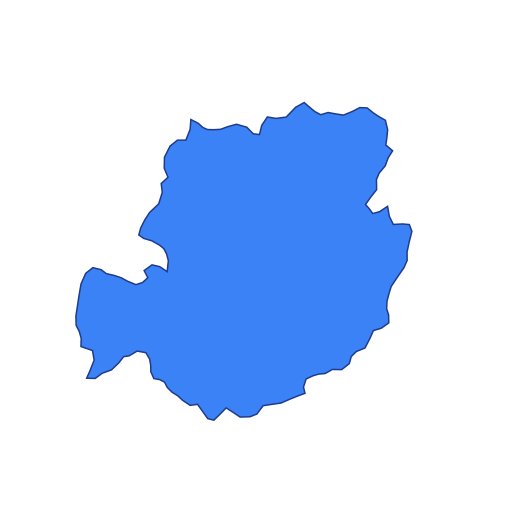 outline of Sem-Peixe, Minas Gerais, Brazil, rotated 204°
{"feature_id": "56859067B34440894750184", "entity_name": "Sem-Peixe", "entity_type": "district", "adm_level": 2, "iso_a3": "BRA", "parent_name": "Brazil", "parent_adm1": "Minas Gerais", "projection": "equal_earth", "projection_center": [-42.82, -20.083], "detail": "fine", "context": "isolated", "style": "filled", "palette": "blue", "viewbox_px": 512, "rotation_deg": 204, "n_neighbors": 0, "source": "geoboundaries", "source_scale": "gbopen_adm2", "svg_char_len": 2027}
<svg xmlns="http://www.w3.org/2000/svg" viewBox="0 0 512 512"><g transform="rotate(204 256 256)"><path d="M174.0,407.7L182.6,410.2L184.4,416.8L187.1,424.9L193.0,432.6L200.3,433.3L207.2,434.5L214.7,436.5L221.5,433.8L226.7,427.3L233.4,420.3L240.0,418.5L248.5,416.4L254.3,411.4L261.2,411.9L268.9,414.1L274.4,415.8L280.3,408.0L284.9,395.2L293.8,389.8L302.2,387.6L303.9,377.6L302.2,368.4L308.2,366.5L316.8,369.9L327.4,368.4L334.5,362.6L339.9,357.3L346.0,354.2L351.7,351.8L356.9,351.8L362.6,353.7L371.0,354.2L367.7,344.9L367.2,333.3L374.9,329.9L379.2,321.5L379.8,309.0L375.5,298.8L368.4,292.1L372.1,283.7L367.5,276.0L366.1,264.0L370.9,252.5L372.3,243.7L372.7,234.5L371.6,227.5L365.7,226.4L357.5,227.5L348.5,226.7L343.2,225.2L338.5,221.5L334.2,216.1L330.8,205.6L339.7,207.1L347.4,205.6L352.3,197.2L346.0,192.2L348.9,185.6L354.0,181.0L363.2,180.7L370.1,181.3L378.1,180.5L385.6,179.0L391.9,180.5L400.3,179.0L404.5,170.9L404.5,159.4L401.4,147.1L398.8,137.8L396.1,127.9L392.1,119.5L387.0,115.4L382.2,109.7L379.1,102.1L366.9,103.1L361.5,95.0L361.0,83.6L361.0,75.5L353.1,78.7L348.9,86.2L341.7,93.2L337.9,102.5L336.0,110.2L331.3,113.2L325.9,120.8L317.3,122.9L311.3,118.6L307.7,113.3L305.0,107.5L299.5,102.5L293.6,103.9L288.3,103.6L283.5,99.8L277.2,97.4L270.3,96.4L264.3,94.3L255.4,92.8L249.1,96.7L241.9,92.5L233.9,87.8L227.7,88.9L224.7,96.4L221.5,105.1L213.6,103.9L205.0,102.4L196.1,106.7L190.9,112.0L188.6,122.2L182.0,126.4L173.4,131.8L167.1,138.7L161.6,144.4L155.4,150.5L159.3,155.6L160.2,164.0L155.1,169.9L150.7,173.6L145.0,176.8L140.1,183.4L131.5,187.1L127.0,195.7L128.1,202.9L125.5,209.5L119.0,216.4L118.4,227.6L118.4,235.6L112.1,241.1L107.5,249.0L110.9,256.1L115.2,261.0L117.9,267.9L119.2,275.6L120.1,283.2L118.1,294.9L116.1,305.3L116.1,313.4L119.6,321.0L121.6,330.3L123.6,341.9L128.7,347.1L135.1,344.9L143.4,340.7L150.3,346.4L156.0,354.9L161.1,346.8L166.6,342.3L171.9,345.3L176.9,347.6L175.2,356.1L172.8,365.7L177.1,374.9L177.2,381.9L174.6,391.0L175.2,399.6L174.0,407.7Z" fill="#3b82f6" stroke="#1e3a8a" stroke-width="1.5"/></g></svg>